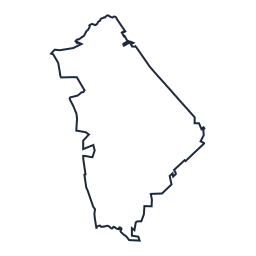 the district of Victoria, Tamaulipas, Mexico
{"feature_id": "50627088B11900040853895", "entity_name": "Victoria", "entity_type": "district", "adm_level": 2, "iso_a3": "MEX", "parent_name": "Mexico", "parent_adm1": "Tamaulipas", "projection": "albers", "projection_center": [-99.19, 23.69], "detail": "fine", "context": "isolated", "style": "outline", "palette": "slate", "viewbox_px": 256, "rotation_deg": 0, "n_neighbors": 0, "source": "geoboundaries", "source_scale": "gbopen_adm2", "svg_char_len": 4128}
<svg xmlns="http://www.w3.org/2000/svg" viewBox="0 0 256 256"><path d="M60.3,75.6L60.5,76.3L61.1,77.4L67.0,77.3L69.3,77.2L76.8,77.2L84.5,90.3L84.4,90.4L83.4,92.1L81.4,92.4L79.3,94.3L77.5,95.6L70.2,97.4L69.6,98.7L70.9,101.5L73.2,105.8L76.5,113.8L77.1,119.7L77.1,120.1L76.9,120.8L76.3,130.6L83.4,131.8L85.7,132.2L88.9,134.5L83.2,140.6L83.2,149.1L93.3,145.0L94.7,150.4L93.1,155.2L92.4,157.2L92.1,157.2L89.1,156.7L85.3,156.0L83.2,155.9L83.3,159.3L85.5,174.4L84.4,174.7L86.2,187.3L87.6,190.4L93.2,206.7L95.0,209.3L94.4,213.8L94.7,217.5L96.5,228.7L96.6,227.1L96.9,227.0L97.3,226.5L98.2,226.0L98.4,225.9L99.6,225.6L100.0,225.6L100.3,225.7L100.5,225.9L100.7,226.5L100.9,226.7L101.3,226.8L101.7,226.9L102.4,226.8L103.5,226.5L103.9,226.7L105.0,226.3L107.0,225.8L107.8,225.9L108.1,226.0L108.8,226.3L110.0,227.2L110.6,227.7L110.9,228.1L111.4,228.4L111.8,228.5L112.0,228.5L112.3,228.3L112.6,228.1L113.0,227.5L113.1,227.3L113.3,227.0L113.6,226.8L113.9,226.8L114.3,226.9L115.6,228.0L116.6,228.6L116.9,228.7L117.4,228.9L118.5,229.2L118.9,229.2L119.2,229.1L119.2,228.8L119.2,228.6L119.1,227.8L119.2,227.5L119.3,227.4L119.6,227.4L119.9,227.5L120.2,227.6L120.8,227.9L121.4,228.5L121.5,229.0L121.2,229.4L121.0,229.9L120.8,230.2L120.8,230.5L120.5,231.2L120.6,231.5L120.8,231.8L121.1,232.2L121.3,232.4L124.3,235.1L125.3,235.6L126.6,236.8L129.2,240.1L139.6,240.6L138.3,236.7L131.9,235.7L131.9,228.2L134.4,230.2L135.8,222.4L136.4,221.9L137.6,221.3L141.3,221.3L143.9,214.2L144.4,206.1L151.6,206.3L151.8,201.5L151.9,199.8L150.8,194.0L151.4,193.9L162.0,193.5L169.2,186.6L171.5,184.5L169.7,176.0L172.6,173.3L173.2,176.5L175.8,174.1L175.7,173.5L175.7,172.9L175.5,172.5L174.8,171.2L174.1,169.9L184.6,160.2L185.5,161.1L189.4,157.4L194.4,152.6L195.7,151.4L204.1,143.5L204.1,143.1L200.6,141.3L203.7,135.2L203.6,133.3L203.5,132.2L203.3,129.6L203.3,129.2L203.3,128.8L203.5,128.7L204.1,128.6L204.4,128.7L204.9,128.9L203.5,127.3L202.8,127.8L203.2,128.7L201.6,129.4L201.4,128.9L199.0,123.3L194.9,123.2L194.6,123.2L194.7,117.4L194.2,116.8L190.9,113.1L187.8,109.6L187.5,109.2L186.3,107.9L185.9,107.5L183.5,104.8L178.3,99.0L176.8,97.2L176.2,96.5L172.9,92.9L172.8,92.7L172.6,92.5L172.4,92.3L172.2,92.1L171.3,90.9L166.7,85.9L166.3,85.4L166.2,85.2L163.0,81.7L162.1,80.7L161.7,80.3L161.3,79.7L160.8,79.2L160.2,78.6L160.0,78.3L159.8,78.1L158.4,76.6L157.0,75.0L153.9,71.5L152.9,70.3L149.9,66.9L149.6,66.5L148.5,64.9L148.0,64.1L147.6,63.6L146.5,61.9L145.2,60.1L144.7,59.4L144.4,58.9L142.3,55.9L139.6,52.0L138.1,49.9L136.6,47.7L136.4,47.3L136.2,47.2L135.7,46.9L135.4,46.3L135.1,46.5L134.8,46.6L132.2,46.6L130.8,44.2L133.3,42.9L130.6,41.7L129.7,41.7L129.3,41.5L129.8,42.4L123.9,45.7L123.0,44.0L122.9,44.0L127.5,41.5L127.6,41.4L124.6,36.0L124.0,36.4L121.8,32.5L123.8,31.4L124.1,32.0L125.3,31.4L122.4,27.2L121.3,25.6L117.9,20.6L116.9,19.0L116.1,17.4L115.2,16.8L114.6,16.6L114.0,16.6L113.5,16.8L113.2,17.0L112.6,17.5L112.2,17.5L110.9,17.0L110.2,16.6L109.6,16.4L109.2,16.2L108.9,15.8L108.8,15.6L108.1,15.4L107.6,15.4L107.3,15.4L107.2,15.4L107.0,15.6L106.8,15.8L106.2,16.1L105.9,16.4L105.4,16.9L105.1,17.2L105.1,17.4L104.9,17.6L104.7,17.6L104.4,17.4L104.0,17.4L103.4,17.7L102.9,18.0L102.1,18.3L101.3,18.5L100.8,18.8L100.6,19.1L100.1,20.7L99.8,20.9L98.8,21.3L98.3,21.7L97.9,22.3L97.6,22.9L97.5,23.4L97.3,23.7L96.9,24.1L96.5,24.3L96.0,24.6L95.7,25.1L95.1,25.1L94.8,25.0L94.6,24.9L94.4,24.9L92.6,24.0L92.2,24.0L91.2,24.3L90.7,24.5L90.4,24.8L89.7,25.0L89.4,25.4L89.3,25.6L89.4,25.8L89.5,25.9L89.5,26.2L89.6,26.4L89.6,26.8L89.5,27.3L89.3,27.8L89.2,27.9L88.8,28.4L88.6,28.7L88.2,29.7L86.4,31.2L86.3,31.4L86.1,31.8L86.0,32.1L85.4,33.1L84.8,34.1L84.6,34.8L84.3,35.3L84.0,35.7L83.5,36.0L83.2,36.4L82.9,36.6L82.1,37.1L81.7,37.2L81.6,37.3L81.4,37.4L81.2,37.6L80.8,37.9L80.6,38.1L80.4,38.3L80.1,38.5L79.9,38.7L79.3,38.9L78.8,39.4L78.2,39.4L77.2,39.5L76.7,39.8L76.5,40.0L75.9,40.8L75.6,41.1L76.1,41.4L76.0,41.5L76.2,41.8L76.3,41.7L76.5,42.4L76.8,42.3L76.9,42.2L77.1,42.1L77.3,42.8L77.3,43.1L77.8,43.1L77.9,42.4L78.0,42.4L78.2,42.5L78.4,42.5L81.5,44.0L73.4,48.0L67.0,49.1L59.6,50.2L54.7,49.7L51.1,53.6L53.2,54.3L58.2,62.9L59.9,72.6L60.3,75.6Z" fill="none" stroke="#1e293b" stroke-width="2"/></svg>